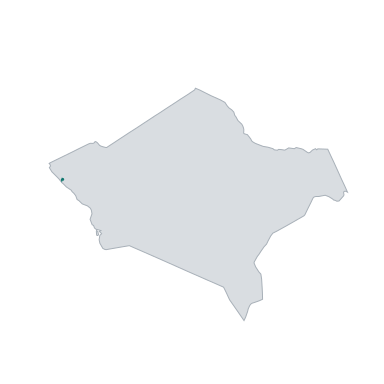 Changamwe, Coast, Kenya shown in context, rotated 114°
{"feature_id": "3690345B29698096186163", "entity_name": "Changamwe", "entity_type": "district", "adm_level": 2, "iso_a3": "KEN", "parent_name": "Kenya", "parent_adm1": "Coast", "projection": "natural_earth1", "projection_center": [39.602, -4.018], "detail": "fine", "context": "in_parent", "style": "filled", "palette": "teal", "viewbox_px": 384, "rotation_deg": 114, "n_neighbors": 0, "source": "geoboundaries", "source_scale": "gbopen_adm2", "svg_char_len": 3298}
<svg xmlns="http://www.w3.org/2000/svg" viewBox="0 0 384 384"><g transform="rotate(114 192 192)"><path d="M95.8,231.1L95.7,226.4L96.3,214.3L96.3,203.6L96.8,198.3L99.0,194.9L100.1,192.5L100.8,189.1L102.0,186.3L104.7,184.0L105.2,182.8L108.1,179.0L109.8,174.1L111.1,172.4L112.7,170.9L113.8,170.1L115.7,169.3L117.2,168.8L117.4,168.4L117.5,167.6L117.1,164.6L117.7,163.6L118.7,161.6L119.8,159.7L120.9,158.5L121.4,157.3L121.7,155.2L121.8,153.7L121.7,151.2L121.4,145.6L120.2,140.9L119.5,135.7L120.0,134.0L119.1,130.9L118.6,130.7L117.8,130.1L116.8,127.2L116.1,124.5L115.6,123.9L112.4,121.6L110.8,116.1L109.0,114.9L108.0,109.5L107.9,107.9L108.9,102.5L108.8,101.3L107.7,100.2L104.7,99.0L102.2,96.8L102.5,96.0L102.7,95.2L101.4,94.6L97.7,85.4L102.5,79.9L107.4,74.2L113.7,67.1L119.5,60.6L124.4,54.9L128.9,49.9L128.8,50.9L128.8,52.1L129.3,52.9L130.3,53.5L131.5,52.9L132.6,52.1L133.7,51.9L140.4,54.0L141.5,55.9L141.4,57.8L141.7,59.3L141.2,60.7L140.6,65.0L140.8,69.0L142.8,71.9L144.5,74.3L146.0,77.5L147.0,78.5L148.4,79.0L153.0,79.1L159.8,79.4L166.3,79.6L166.9,79.6L168.3,80.1L174.3,84.5L179.8,88.5L184.4,91.9L188.9,95.3L193.3,98.6L196.7,101.4L200.1,102.2L205.5,102.6L209.3,102.7L212.8,103.9L218.0,104.9L221.8,105.5L224.2,106.1L230.7,106.7L231.7,106.4L234.6,103.3L237.8,98.4L239.0,95.7L243.2,93.0L250.5,89.2L255.6,86.6L261.3,83.9L263.9,86.2L267.5,90.0L269.1,91.8L270.3,92.6L272.3,93.1L274.6,93.1L275.9,93.1L278.6,92.6L284.7,92.1L288.3,92.2L285.3,97.1L281.7,103.0L275.2,113.8L270.2,119.5L266.5,123.9L266.1,124.6L266.1,129.4L266.2,141.2L266.3,164.7L266.3,188.2L266.4,211.7L266.5,223.5L266.5,227.4L269.8,232.4L273.0,237.2L277.3,243.6L279.6,247.0L279.9,248.2L279.8,250.5L276.3,255.3L273.4,257.4L269.5,258.5L268.4,258.3L266.9,257.6L266.3,258.7L265.8,260.5L265.0,260.1L264.3,259.6L264.7,262.8L265.1,264.4L264.5,266.5L262.6,268.3L262.5,269.9L258.4,274.0L252.6,274.5L249.6,276.5L248.2,278.2L247.2,281.8L247.5,287.4L245.9,291.7L245.6,293.9L242.7,296.7L241.3,299.2L240.4,301.8L239.5,303.0L238.5,308.8L237.1,312.3L236.7,313.5L236.4,314.6L235.3,316.7L234.6,318.1L234.1,319.0L230.6,328.1L227.8,332.2L225.7,331.8L224.3,333.3L224.1,334.1L223.3,333.7L221.5,332.2L217.8,329.1L214.1,326.0L210.4,322.9L206.7,319.8L203.0,316.7L199.3,313.7L195.6,310.6L191.9,307.5L189.8,305.7L188.8,304.6L188.0,302.5L187.7,302.0L186.7,301.3L185.5,301.1L185.2,300.7L185.2,299.7L185.6,298.2L187.0,295.4L187.1,293.7L186.9,291.8L186.4,288.8L186.1,288.1L183.6,286.5L178.5,283.2L173.3,279.9L168.2,276.6L163.0,273.3L157.9,269.9L152.8,266.6L147.6,263.3L142.5,260.0L137.3,256.7L132.2,253.3L127.0,250.0L121.9,246.7L116.8,243.4L111.6,240.1L106.5,236.7L101.3,233.4L99.4,232.2L97.7,231.1L95.8,231.1ZM266.8,263.4L265.9,263.6L266.4,262.0L269.0,260.0L270.1,260.4L270.3,260.9L270.3,261.3L269.8,261.8L266.8,263.4Z" fill="#d9dde1" stroke="#a8b0b8" stroke-width="1"/><path d="M234.4,315.6L234.2,315.6L233.9,315.5L233.8,315.4L233.7,315.4L233.6,315.2L233.4,315.1L233.2,315.0L233.2,314.9L233.0,315.0L232.9,315.0L232.8,314.9L232.7,314.9L232.6,314.7L232.4,314.8L232.5,314.8L232.4,314.9L232.4,315.0L232.4,315.3L232.5,315.3L232.6,315.5L232.8,315.5L232.9,315.8L232.8,316.0L233.0,316.0L233.0,315.9L233.3,316.0L233.3,315.9L233.5,315.9L233.7,316.0L233.8,316.0L233.9,315.9L234.0,315.9L234.1,315.7L234.3,315.7L234.4,315.6Z" fill="#14b8a6" stroke="#0f766e" stroke-width="1.5"/></g></svg>